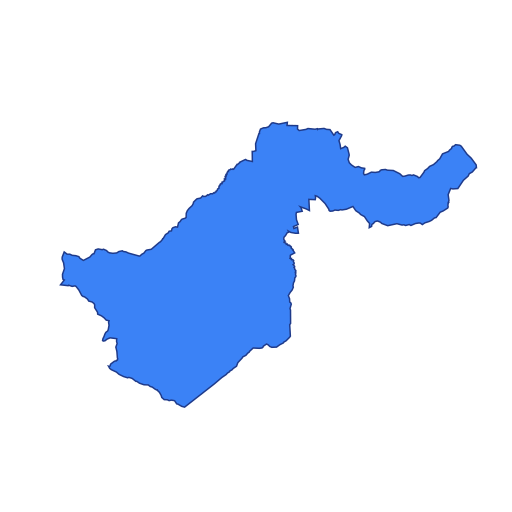 Suseni, Harghita, Romania, rotated 17°
{"feature_id": "2599482B84922029149234", "entity_name": "Suseni", "entity_type": "district", "adm_level": 2, "iso_a3": "ROU", "parent_name": "Romania", "parent_adm1": "Harghita", "projection": "orthographic", "projection_center": [25.567, 46.618], "detail": "fine", "context": "isolated", "style": "filled", "palette": "blue", "viewbox_px": 512, "rotation_deg": 17, "n_neighbors": 0, "source": "geoboundaries", "source_scale": "gbopen_adm2", "svg_char_len": 6132}
<svg xmlns="http://www.w3.org/2000/svg" viewBox="0 0 512 512"><g transform="rotate(17 256 256)"><path d="M269.6,367.1L269.8,363.3L272.5,357.8L272.9,356.3L275.4,353.9L276.5,351.3L277.6,349.9L277.7,349.1L280.2,344.8L286.2,343.3L288.6,342.2L289.3,341.2L289.4,340.1L291.8,337.1L293.6,337.4L295.7,338.5L297.8,338.7L302.3,337.1L304.7,333.9L307.6,331.1L307.9,330.0L309.5,328.4L311.9,323.9L312.3,322.6L308.3,311.8L308.8,310.4L304.8,297.6L303.9,296.4L303.8,291.7L302.8,290.5L301.7,290.2L300.6,287.1L298.5,284.4L299.3,280.9L300.5,277.9L300.8,274.9L300.1,273.8L299.7,270.8L300.1,268.6L299.5,265.5L300.1,264.1L300.0,263.2L299.3,262.5L299.1,261.1L298.5,260.6L298.8,259.8L298.4,259.7L298.3,258.2L297.0,257.5L296.5,256.4L295.7,255.8L296.1,255.2L296.0,254.6L294.0,253.4L294.7,252.5L294.6,251.6L293.3,250.4L293.4,249.4L292.4,248.8L291.0,249.2L290.5,248.8L290.6,248.0L289.2,248.3L289.2,247.0L288.7,246.1L288.7,245.1L292.1,241.7L290.0,239.9L289.8,239.3L289.2,239.4L288.9,238.7L287.5,238.3L287.2,237.1L286.6,236.7L286.2,236.9L285.4,236.1L284.6,236.3L284.3,235.9L283.4,236.4L282.4,235.4L281.6,236.0L280.8,234.9L278.9,234.8L278.8,233.6L279.4,233.3L277.7,232.0L277.3,230.6L277.4,229.5L278.2,228.0L279.0,224.7L280.4,223.6L279.6,222.7L282.4,223.3L287.2,222.7L289.9,221.8L287.2,216.2L284.2,218.6L283.2,216.9L287.1,213.5L284.1,209.5L282.1,204.4L281.9,202.5L287.1,199.7L284.9,196.6L284.0,196.0L290.4,196.3L293.8,196.9L290.0,186.4L296.2,184.8L295.9,182.7L295.1,181.0L296.9,181.0L300.0,182.0L306.7,185.6L311.9,189.9L312.6,191.1L313.8,191.5L316.3,190.5L318.0,189.0L321.4,188.3L323.2,187.0L324.8,186.8L328.8,184.8L334.2,180.3L338.2,183.5L342.5,184.8L343.8,185.7L348.2,186.6L352.2,189.9L355.1,191.7L356.0,195.8L357.9,193.9L357.6,192.1L357.9,191.4L358.8,190.6L359.3,189.1L359.9,188.2L361.9,187.0L365.2,187.3L366.7,188.1L373.1,188.5L381.3,183.9L386.6,183.7L388.3,182.9L390.1,183.1L393.3,181.1L395.2,181.5L399.0,178.3L402.1,176.8L403.5,176.5L405.9,177.3L407.7,175.0L411.6,172.3L413.5,170.5L415.6,167.3L417.0,166.6L419.3,160.3L421.7,158.3L425.3,154.1L425.4,152.9L424.7,151.4L424.4,149.5L424.6,148.6L424.2,148.7L424.3,146.5L421.8,141.1L422.4,134.5L424.6,134.3L429.3,132.5L432.2,122.9L435.5,117.6L435.9,114.9L438.3,112.4L440.6,107.2L441.0,107.1L439.9,104.5L433.2,99.5L428.1,97.0L420.2,91.0L418.5,90.5L414.3,91.2L413.1,93.1L411.9,93.7L411.5,94.8L411.6,95.9L410.1,98.2L409.6,99.7L404.5,103.8L403.3,109.4L401.7,111.8L401.6,112.6L399.0,116.7L395.8,119.6L394.6,122.1L392.3,125.1L392.1,126.8L389.9,133.0L388.5,133.6L387.3,132.8L382.9,132.4L381.6,133.4L379.8,133.4L377.9,134.1L375.0,136.1L373.0,137.0L369.5,135.3L362.3,134.1L356.6,135.5L354.5,135.4L351.0,136.8L349.8,137.8L349.5,139.0L348.9,139.6L345.7,141.2L341.8,142.1L338.4,145.3L335.9,146.7L334.7,145.6L334.2,142.7L334.6,141.0L334.3,140.4L331.0,140.9L327.8,140.5L324.9,142.3L320.6,141.0L318.0,139.6L315.8,136.6L315.7,132.6L315.3,131.5L311.8,125.8L309.2,124.9L308.2,126.5L305.6,128.6L303.8,124.8L301.6,121.4L302.7,115.9L302.6,114.9L299.2,114.5L297.8,113.3L296.3,114.5L295.9,115.2L295.8,116.9L295.1,117.7L289.8,113.5L286.3,114.3L283.8,114.1L278.2,116.4L277.9,116.9L277.5,116.3L275.4,117.5L268.4,118.9L266.8,120.3L260.6,123.4L258.6,122.5L257.7,119.2L247.5,122.1L246.9,119.0L239.2,123.2L233.4,123.6L232.1,124.4L230.3,128.7L228.0,130.4L225.6,131.3L223.2,133.3L223.0,136.3L223.5,137.8L223.0,138.1L222.8,148.8L225.1,155.3L222.9,156.8L221.8,157.1L224.9,166.7L219.2,167.2L217.9,166.7L216.9,167.5L213.0,171.1L213.2,171.4L211.4,174.1L211.1,174.0L209.2,179.6L208.3,179.5L207.9,180.1L206.3,180.3L206.1,181.0L204.9,181.7L204.6,182.5L204.9,183.2L204.5,183.2L204.0,184.4L204.2,185.6L203.9,186.0L204.2,186.3L203.5,186.8L204.0,187.4L203.7,187.7L204.0,188.1L203.4,188.7L203.9,188.9L203.6,189.5L204.0,189.8L203.9,190.3L204.1,190.2L204.4,191.2L204.0,191.3L204.2,191.6L204.0,192.2L203.4,192.0L203.9,193.5L202.9,194.2L202.4,195.4L202.0,195.4L202.3,196.7L201.5,196.8L201.3,197.1L201.6,197.1L200.9,197.9L201.0,198.2L200.2,198.4L200.8,198.5L200.7,199.6L200.2,200.0L200.7,202.2L199.7,203.1L199.7,204.8L198.9,205.6L199.1,206.2L198.2,206.9L198.2,207.5L197.7,208.0L197.1,207.9L196.3,209.2L194.4,209.7L192.5,211.8L191.9,211.6L190.4,213.7L188.4,214.4L187.4,214.1L186.1,216.8L182.9,218.5L181.9,220.1L180.5,222.8L180.7,224.0L180.2,226.5L178.1,230.1L177.1,232.7L176.8,235.5L177.9,239.6L177.3,240.5L174.5,242.4L173.9,243.4L173.4,245.2L172.2,247.0L172.5,251.3L170.5,251.6L168.3,253.2L167.7,254.4L167.8,256.7L165.7,257.7L165.3,259.5L163.2,262.0L162.1,266.5L161.7,266.7L161.6,267.7L160.4,270.5L159.8,270.9L153.9,280.2L149.9,282.2L149.1,283.0L147.9,286.1L146.3,287.7L145.0,289.9L144.4,290.2L133.2,290.5L130.4,290.1L127.8,290.5L126.7,290.1L123.6,291.8L121.9,293.8L118.3,295.3L114.9,295.8L113.2,295.5L111.5,294.5L108.2,294.1L107.1,294.9L103.0,295.4L100.7,297.0L100.4,301.2L99.5,301.6L98.8,302.5L97.4,305.6L92.2,310.7L88.2,309.6L86.8,308.4L83.5,308.4L80.0,309.1L77.4,308.7L74.9,309.5L71.4,308.2L71.0,313.6L71.2,314.7L71.7,316.0L74.0,318.8L76.5,324.1L76.3,330.1L77.2,332.8L78.3,334.8L79.7,335.0L77.5,340.7L85.1,339.3L85.4,338.7L89.1,338.8L91.6,337.5L92.8,337.7L96.5,340.3L100.9,344.7L102.6,345.3L103.7,345.1L107.4,346.4L109.2,348.0L112.6,347.9L115.0,348.8L116.0,349.9L116.8,352.6L120.9,356.1L121.6,357.9L125.7,358.4L128.8,359.5L131.5,361.1L134.4,360.9L134.4,362.5L135.7,365.2L136.2,369.5L136.1,371.0L134.7,373.0L134.3,375.0L134.2,377.4L133.8,379.8L134.0,381.7L134.8,382.0L136.4,381.2L137.9,379.0L140.4,376.9L147.0,375.8L147.6,378.4L148.8,380.3L148.6,384.1L150.9,388.0L153.2,393.9L153.8,394.7L153.9,395.9L153.0,396.7L153.1,397.1L151.4,398.0L148.7,401.7L148.5,402.7L148.8,403.6L147.9,404.5L147.2,404.5L148.9,406.2L150.8,407.0L156.5,407.8L159.6,409.2L164.6,410.0L168.9,410.0L169.6,409.4L170.8,409.2L173.4,409.3L177.8,411.0L178.6,410.7L181.7,411.7L186.4,411.9L190.7,410.8L192.9,411.7L195.2,411.7L198.3,412.8L200.4,413.2L200.8,412.9L202.2,414.1L203.3,414.4L206.1,417.1L207.2,418.8L210.2,420.2L213.2,419.4L215.2,419.7L217.1,418.6L219.9,418.2L220.6,418.3L223.4,420.6L224.7,420.5L228.9,421.5L231.9,421.4L253.6,390.4L258.9,382.1L262.1,378.1L262.9,376.3L264.5,374.5L264.7,373.5L266.3,371.9L267.1,370.2L269.6,367.1Z" fill="#3b82f6" stroke="#1e3a8a" stroke-width="1.5"/></g></svg>